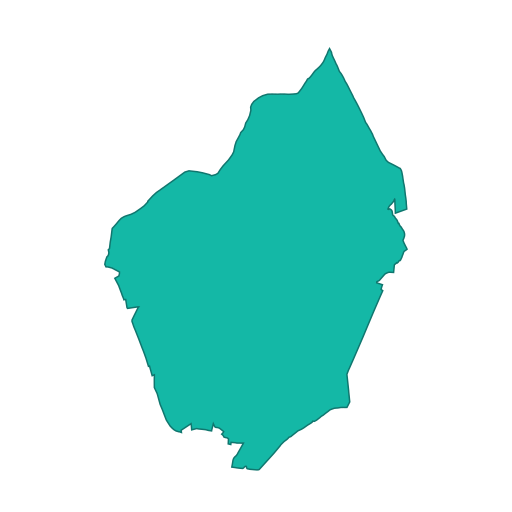 Serbauti, Suceava, Romania (Natural Earth projection), rotated 275°
{"feature_id": "2599482B9399918104506", "entity_name": "Serbauti", "entity_type": "district", "adm_level": 2, "iso_a3": "ROU", "parent_name": "Romania", "parent_adm1": "Suceava", "projection": "natural_earth1", "projection_center": [26.143, 47.819], "detail": "fine", "context": "isolated", "style": "filled", "palette": "teal", "viewbox_px": 512, "rotation_deg": 275, "n_neighbors": 0, "source": "geoboundaries", "source_scale": "gbopen_adm2", "svg_char_len": 5513}
<svg xmlns="http://www.w3.org/2000/svg" viewBox="0 0 512 512"><g transform="rotate(275 256 256)"><path d="M362.0,378.2L362.6,377.5L363.0,377.1L364.9,375.9L366.2,375.1L368.4,373.1L370.4,371.5L371.5,370.6L373.9,369.2L375.4,368.3L382.0,364.4L385.2,362.5L387.7,361.3L388.1,361.0L389.5,360.1L390.8,359.3L392.7,357.9L394.9,356.4L397.2,354.8L397.4,354.6L398.2,353.9L398.5,353.6L403.5,351.1L407.5,348.8L412.3,345.9L415.7,343.8L419.2,341.5L421.5,339.9L422.2,339.4L423.8,338.6L429.9,334.8L432.7,333.1L435.5,331.3L437.7,329.6L439.0,328.9L441.1,327.7L443.5,326.1L445.2,324.8L446.4,323.7L446.8,323.3L447.3,322.9L447.9,322.6L448.5,322.3L449.7,321.7L451.7,320.7L453.3,319.8L454.4,319.0L456.1,318.1L457.9,317.1L459.2,316.3L460.4,315.6L461.3,315.1L462.2,314.6L463.6,314.0L464.8,313.6L465.4,313.5L465.9,313.2L467.0,312.5L468.2,311.7L469.0,311.2L467.4,310.5L466.2,310.0L463.3,309.2L459.9,307.8L457.3,307.0L455.5,306.3L454.5,305.8L451.3,303.8L449.7,302.5L447.6,300.6L445.9,298.9L444.2,297.7L441.5,296.1L439.2,294.6L437.4,293.1L437.3,292.7L437.1,292.3L436.5,291.8L434.6,291.0L432.5,289.8L429.7,288.4L426.8,286.9L423.7,284.9L422.3,284.0L421.8,283.4L421.4,282.6L421.1,281.9L420.5,278.5L419.9,274.3L419.8,270.8L419.5,266.6L419.3,265.2L419.2,264.5L419.1,264.0L418.7,258.0L418.2,253.5L416.3,248.7L413.8,244.8L409.8,240.4L406.7,238.5L403.8,237.7L400.7,238.2L399.3,238.0L395.3,237.4L391.1,236.0L387.6,234.2L383.6,233.5L380.7,232.4L377.6,230.0L375.6,229.5L373.0,228.4L368.2,226.3L364.1,225.4L357.8,224.7L354.6,223.4L349.2,220.2L343.0,215.4L339.2,213.0L335.0,210.8L333.5,208.6L332.1,204.7L333.0,202.5L334.2,195.6L334.8,190.1L335.0,181.8L333.4,177.8L328.7,172.4L323.9,166.9L312.5,153.6L310.6,151.3L306.8,147.8L301.1,143.4L300.5,143.6L296.2,140.2L293.4,137.1L288.9,131.7L286.6,127.8L285.5,125.1L284.3,122.3L283.5,120.9L281.8,118.5L279.5,116.6L277.8,115.4L276.0,114.2L272.6,111.7L271.5,110.8L271.0,110.4L270.0,110.3L264.0,110.1L262.0,110.0L258.4,109.7L257.2,109.6L250.6,109.4L249.3,108.3L246.7,109.1L244.7,109.0L243.1,108.4L242.1,107.5L237.6,106.4L234.5,106.1L232.1,107.5L232.2,109.3L231.5,113.5L229.0,119.5L228.2,121.4L226.4,121.5L224.1,121.1L223.3,119.9L221.5,117.3L214.5,121.8L213.0,122.5L211.1,123.4L209.0,124.4L207.2,125.3L205.3,126.1L203.9,126.8L201.4,128.1L200.9,128.2L201.2,129.3L201.3,130.0L193.3,132.0L192.6,132.6L195.1,143.0L195.1,143.6L194.4,143.1L185.5,139.6L182.3,138.4L181.5,138.1L181.0,138.1L179.9,138.2L178.7,138.8L174.8,140.5L171.2,142.4L163.0,146.5L155.3,150.2L151.1,152.3L144.6,155.3L136.7,158.5L137.1,159.5L127.7,163.0L128.8,165.1L123.5,165.5L116.1,166.2L110.4,169.5L108.9,170.1L104.0,171.9L99.7,173.5L94.8,176.1L89.4,178.7L84.9,180.9L83.8,181.7L80.8,184.0L78.9,185.5L78.0,186.6L77.1,187.6L75.7,189.6L74.7,191.7L74.6,192.3L74.5,192.9L74.2,194.2L74.2,195.3L74.0,195.9L73.7,197.1L75.9,196.6L83.3,205.9L80.7,206.5L77.2,207.1L78.9,211.8L78.7,214.2L78.7,216.8L78.6,221.0L78.1,223.8L77.9,227.0L79.1,227.1L82.1,227.6L85.2,228.1L82.6,229.6L82.0,230.2L81.8,230.7L81.7,233.0L81.5,233.9L81.1,234.9L78.3,239.1L77.4,238.8L76.8,238.4L76.3,237.9L75.7,237.6L75.5,237.4L74.4,238.9L72.8,239.9L72.5,241.3L72.3,243.2L71.5,244.5L66.4,244.7L66.0,247.3L68.2,247.4L68.2,248.6L68.2,251.6L68.0,253.2L68.5,259.8L63.1,257.4L58.3,255.2L57.0,254.7L55.5,253.8L54.0,252.4L53.3,251.9L52.5,251.4L50.6,250.9L46.6,250.6L43.6,250.3L43.4,254.2L43.3,255.2L43.2,258.0L43.2,261.3L43.8,262.1L44.6,262.7L45.2,263.2L45.6,264.0L45.7,264.4L45.3,264.8L44.0,265.2L43.3,265.8L43.0,268.6L43.0,275.2L43.2,276.9L43.6,277.8L48.2,281.3L61.0,291.0L68.9,296.5L70.3,297.3L73.6,300.1L76.1,302.9L77.4,304.0L78.4,304.7L78.6,305.3L79.2,306.5L80.4,307.7L83.9,311.4L85.4,312.9L86.5,314.8L87.4,316.4L89.0,318.6L92.0,322.1L94.1,325.0L95.0,326.1L95.3,326.4L95.9,326.6L96.2,326.7L96.5,327.1L96.3,328.0L96.4,328.6L97.8,330.7L100.6,333.7L102.0,335.0L103.2,336.7L105.5,339.1L107.7,341.6L108.3,342.2L108.9,342.7L109.7,344.1L110.4,345.6L111.2,347.4L111.6,349.7L111.7,350.5L112.5,353.7L112.8,356.4L112.8,356.9L113.0,359.0L113.1,359.8L118.8,362.1L128.7,360.2L130.0,360.0L142.3,357.6L145.8,356.9L146.2,356.9L150.1,358.0L153.5,359.2L162.3,362.2L184.6,369.6L196.5,373.4L211.1,378.1L226.7,383.3L232.5,385.3L233.6,383.5L236.5,384.0L238.4,384.5L239.8,378.6L240.9,378.6L242.3,380.9L248.7,385.6L249.5,386.3L250.1,387.2L251.1,389.0L251.4,389.9L251.5,390.7L251.6,394.5L259.2,394.6L259.9,395.1L260.3,395.7L261.1,396.3L261.5,396.6L261.2,396.9L261.3,397.3L262.3,398.2L263.8,399.1L264.2,399.7L264.1,400.0L264.9,400.5L265.3,400.6L267.4,401.4L268.8,401.7L270.7,402.3L272.6,402.7L273.7,403.3L274.9,404.8L275.9,405.9L277.2,405.2L279.2,403.9L280.7,403.0L282.2,402.1L284.5,401.0L286.1,401.6L288.8,402.2L290.1,402.2L291.3,402.0L293.2,401.3L294.4,400.5L295.5,399.5L297.5,398.1L298.2,397.2L298.8,396.7L299.7,396.1L300.3,395.8L300.9,395.6L301.1,395.4L301.1,395.1L301.0,394.9L301.8,394.5L303.8,393.5L304.8,392.7L305.8,391.6L306.6,391.0L307.5,390.5L308.1,389.5L308.6,388.8L309.5,388.4L312.1,387.8L313.0,387.4L313.7,386.8L314.1,386.0L314.5,385.5L314.6,385.1L314.6,384.9L314.5,384.7L314.3,384.5L314.0,384.3L314.0,384.1L314.0,383.6L314.1,383.4L314.5,383.4L316.9,384.2L318.5,385.3L319.5,386.3L320.7,387.1L322.4,388.3L323.2,388.6L324.3,388.9L324.8,389.2L324.7,389.3L319.9,389.9L313.4,390.8L310.8,391.1L315.9,402.1L321.5,401.1L323.2,400.9L326.7,400.2L330.0,399.4L336.6,398.1L340.1,397.2L341.5,396.7L345.6,395.7L348.3,395.1L351.8,394.1L353.3,393.6L354.1,393.2L355.0,392.6L355.8,392.0L356.1,391.1L357.3,388.4L358.7,385.1L359.7,382.6L360.7,380.0L361.0,379.5L362.0,378.2Z" fill="#14b8a6" stroke="#0f766e" stroke-width="1.5"/></g></svg>